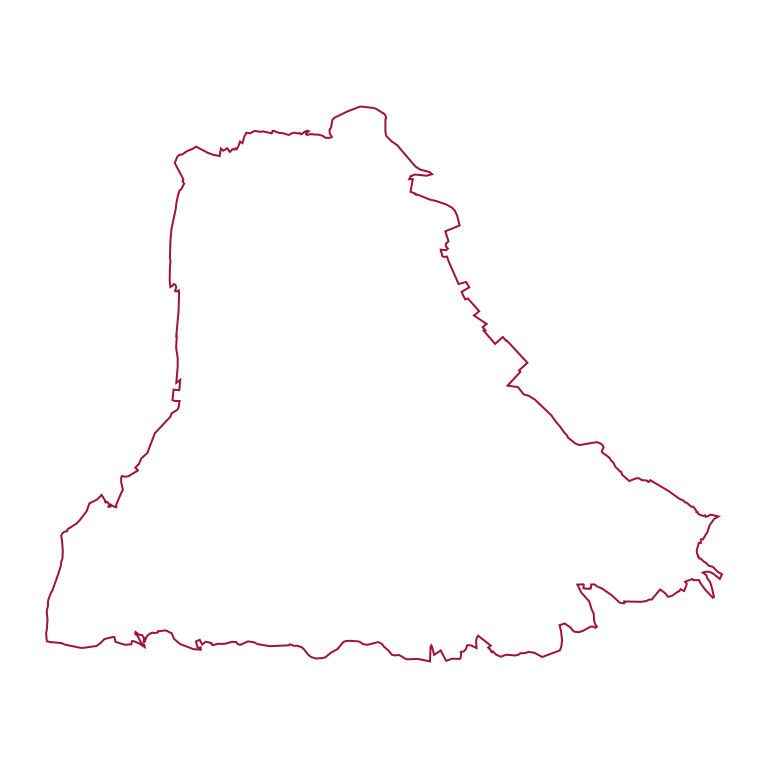 outline of Acatari, Mures, Romania
{"feature_id": "2599482B54734654419593", "entity_name": "Acatari", "entity_type": "district", "adm_level": 2, "iso_a3": "ROU", "parent_name": "Romania", "parent_adm1": "Mures", "projection": "mercator", "projection_center": [24.657, 46.46], "detail": "fine", "context": "isolated", "style": "outline", "palette": "rose", "viewbox_px": 768, "rotation_deg": 0, "n_neighbors": 0, "source": "geoboundaries", "source_scale": "gbopen_adm2", "svg_char_len": 6084}
<svg xmlns="http://www.w3.org/2000/svg" viewBox="0 0 768 768"><path d="M559.8,650.4L561.3,646.7L562.1,640.4L561.0,630.9L559.5,625.2L564.6,623.5L570.5,627.5L572.5,630.2L574.5,631.7L578.7,632.2L582.7,631.0L590.7,626.6L593.4,626.7L595.5,627.8L596.9,626.6L595.4,624.7L594.1,621.0L593.7,613.7L591.5,608.9L589.2,601.3L581.3,592.6L577.4,584.6L583.1,584.3L583.8,584.8L583.4,588.3L589.0,588.9L589.3,588.4L590.8,588.4L591.2,584.5L594.5,584.4L597.1,586.5L601.9,588.4L611.9,595.4L619.6,602.6L623.9,603.4L624.3,601.4L625.4,602.1L626.2,601.5L640.9,601.8L646.1,601.1L649.2,599.6L651.6,599.6L660.1,589.5L664.7,592.8L668.2,596.9L672.5,595.6L677.1,592.1L679.3,591.2L680.6,589.2L684.1,591.0L686.6,584.8L686.7,583.7L685.1,581.7L692.3,579.0L693.2,580.1L699.1,580.1L699.9,582.4L705.3,589.8L712.8,597.7L714.0,597.1L711.7,587.0L709.9,581.6L707.1,578.1L706.7,576.0L705.7,574.7L702.8,572.6L705.6,571.7L709.6,571.8L713.6,573.9L719.8,579.0L721.9,574.2L717.6,571.7L712.9,566.9L708.6,565.6L706.2,563.0L704.1,561.8L700.9,558.8L699.8,558.7L698.0,556.6L698.4,556.3L696.9,553.1L696.7,550.7L698.8,542.9L700.8,543.0L700.9,539.3L702.9,539.4L707.5,531.8L709.7,525.1L714.2,518.9L718.4,516.5L710.6,514.6L708.0,516.2L705.7,516.8L705.2,515.4L703.1,515.9L699.0,514.4L698.2,513.9L697.6,512.1L696.4,512.1L696.0,510.3L693.3,506.6L691.3,506.7L686.6,502.6L685.1,502.5L683.5,500.6L679.5,498.9L668.7,491.1L650.3,480.2L648.8,482.0L647.5,481.6L647.3,480.7L646.6,480.5L641.9,480.1L638.8,478.2L635.7,478.5L629.3,481.0L622.1,474.7L621.3,471.9L620.2,471.6L615.4,466.8L613.3,462.5L611.2,460.7L609.3,457.6L602.2,452.5L601.9,451.2L603.6,447.3L602.7,445.3L601.1,443.8L596.9,442.1L579.3,445.1L575.2,443.4L568.2,437.8L566.6,434.8L564.3,432.7L560.4,427.0L556.6,422.6L551.2,415.2L535.1,399.8L529.0,395.9L523.8,394.4L517.9,387.1L507.6,385.6L520.4,371.8L519.0,370.4L527.4,362.8L508.1,341.9L506.5,340.5L506.2,340.8L502.8,337.0L495.1,343.9L483.7,330.7L485.4,330.4L482.7,327.1L486.6,324.0L474.0,315.5L479.2,311.2L467.8,298.4L465.2,299.4L461.5,291.9L469.3,287.3L466.1,282.0L458.6,284.0L448.9,262.0L447.0,256.6L443.9,256.9L442.4,256.3L441.6,252.8L440.8,251.5L440.7,249.6L446.0,250.2L447.9,248.6L445.7,246.1L446.0,243.5L448.5,241.3L445.3,231.3L459.6,225.5L457.3,216.1L455.0,210.9L452.2,207.8L446.3,204.5L436.4,201.1L429.0,199.3L419.3,195.3L415.4,194.4L415.6,193.8L410.5,191.7L412.8,179.2L409.2,179.2L410.5,177.1L410.4,176.3L415.1,174.5L426.6,175.7L432.1,174.2L429.1,171.9L419.9,169.5L415.2,166.3L397.1,145.1L391.4,141.2L386.7,136.4L385.8,134.4L385.4,131.3L385.4,119.1L386.2,118.3L385.6,115.9L384.5,114.1L375.9,108.7L373.2,107.9L361.4,106.6L359.9,106.7L347.5,111.4L334.7,117.6L332.4,119.8L331.1,127.4L329.6,129.6L329.7,133.2L331.8,137.0L330.7,137.7L325.6,137.9L322.9,135.9L318.7,134.7L310.6,134.2L307.0,134.9L305.9,133.8L306.0,133.3L308.8,131.2L307.5,130.7L304.6,131.7L301.6,134.2L300.8,134.2L299.9,133.0L297.9,133.5L294.8,132.7L291.3,133.4L289.6,134.7L288.4,134.9L282.7,133.2L278.9,132.9L273.8,130.8L272.5,131.0L272.2,132.8L271.6,133.3L262.8,131.4L260.0,131.8L254.7,130.9L249.9,133.3L246.5,132.7L245.9,133.2L245.9,134.0L244.3,136.6L242.4,143.2L240.1,141.6L238.1,146.8L236.6,149.3L235.4,148.4L234.5,149.5L232.7,149.1L229.8,151.9L227.2,148.3L223.4,150.7L220.9,148.5L219.6,156.0L213.5,154.9L207.8,152.8L196.1,146.6L192.3,149.0L187.0,151.1L182.0,154.6L179.5,154.7L177.5,156.4L174.7,162.9L182.4,177.4L183.4,179.9L182.6,180.8L182.7,181.4L184.1,183.6L181.3,189.2L179.5,190.6L178.2,194.5L176.4,203.0L175.7,209.1L171.5,228.8L170.5,239.7L169.9,257.6L170.5,260.9L169.9,267.5L169.7,280.8L170.4,287.1L172.7,285.6L173.6,284.1L175.1,284.6L176.0,286.2L176.2,287.8L175.1,290.6L175.2,291.2L176.9,291.4L178.8,290.4L179.1,293.2L178.5,312.1L176.2,336.5L176.8,336.4L176.1,347.8L177.7,358.1L177.7,366.3L176.3,382.8L180.2,379.9L179.3,390.1L173.5,389.7L172.5,400.1L175.0,401.0L179.6,401.0L178.6,407.5L177.4,409.7L171.5,413.5L170.5,416.6L154.9,433.2L147.3,453.0L141.2,458.5L139.1,463.7L135.3,467.7L137.9,470.3L137.5,470.8L128.2,476.3L125.1,476.7L121.8,476.1L121.1,478.1L121.2,482.3L122.9,490.0L121.2,493.0L116.2,504.7L116.5,506.3L116.1,507.3L111.4,505.5L110.5,506.6L108.4,506.8L108.3,506.3L110.6,504.5L108.8,503.9L107.0,501.8L105.9,502.5L105.2,502.1L105.0,500.5L101.7,494.9L97.1,499.5L89.4,503.4L86.6,511.3L80.3,519.5L76.6,523.5L67.6,529.2L67.2,531.2L65.1,531.5L62.7,532.9L61.2,535.7L62.1,541.3L62.8,551.0L62.4,559.0L61.3,561.4L60.9,565.4L58.4,573.6L52.3,590.7L50.7,593.3L48.1,600.5L48.0,605.7L46.7,611.3L47.5,620.0L46.9,629.1L46.1,633.1L46.8,641.2L49.7,642.0L61.6,643.1L64.4,644.5L80.3,647.8L83.1,647.9L96.5,646.0L100.7,642.9L104.5,639.0L113.1,637.0L114.4,637.0L115.5,641.9L124.7,644.7L126.5,644.7L131.2,644.3L132.0,641.1L133.6,641.1L139.2,643.5L144.7,647.1L144.5,645.2L141.2,642.9L137.6,636.0L135.2,633.8L135.5,632.0L139.2,634.7L142.1,635.1L144.0,637.9L143.7,641.8L144.5,642.0L146.6,636.6L149.3,634.0L152.4,632.6L154.7,633.1L157.9,632.4L157.9,631.3L165.7,630.4L171.8,633.3L174.1,639.0L180.3,644.1L193.3,649.1L200.8,649.7L200.5,647.3L199.0,647.9L197.5,647.1L196.3,643.2L196.1,641.4L199.7,639.8L202.2,644.5L205.7,641.7L211.6,643.1L211.6,644.5L213.1,645.1L217.5,643.9L224.8,643.8L232.2,641.8L236.2,642.0L237.2,643.7L240.1,644.9L248.0,641.4L254.0,642.3L257.6,644.1L269.8,646.2L289.1,645.3L289.8,644.3L294.3,645.9L297.3,645.7L301.7,647.3L303.8,649.1L308.2,654.7L311.1,657.0L315.8,658.5L322.5,658.1L325.4,657.3L330.9,652.7L337.5,649.1L343.4,642.0L345.9,641.0L349.8,640.8L358.3,641.4L360.3,642.1L363.1,644.2L367.6,644.8L377.7,642.2L379.3,642.4L382.2,644.3L384.0,646.7L388.6,650.7L391.9,654.8L395.1,655.4L399.2,655.0L405.3,658.7L407.4,659.3L417.7,658.9L430.0,661.4L430.6,646.7L431.3,645.4L432.1,646.7L434.1,654.9L440.7,650.4L446.1,660.8L452.2,658.7L459.7,658.9L460.3,658.6L460.9,656.1L461.1,653.6L460.8,652.0L463.8,651.4L466.1,648.9L466.9,645.7L467.8,645.1L471.4,645.5L476.5,648.1L476.1,640.9L476.8,637.7L478.1,635.7L490.8,645.6L488.2,647.6L489.6,648.7L491.5,651.9L492.0,652.1L492.2,651.3L492.7,651.2L496.1,654.6L500.7,656.7L506.5,654.7L515.5,655.5L518.9,654.5L520.4,653.2L524.5,653.2L528.7,651.9L534.4,652.8L542.2,657.0L559.8,650.4Z" fill="none" stroke="#9f1239" stroke-width="2"/></svg>